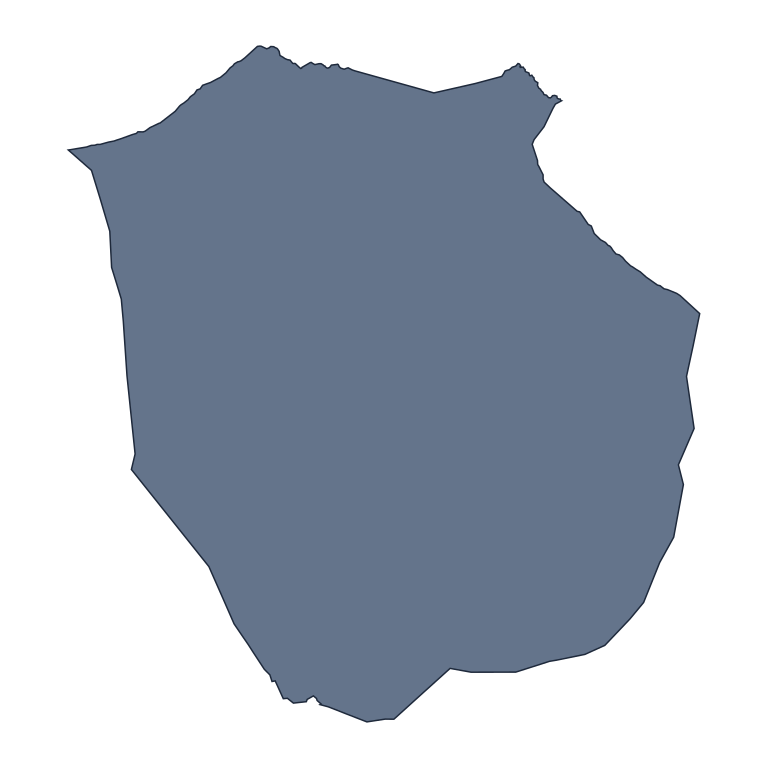 San Pedro Quiatoni, Oaxaca, Mexico
{"feature_id": "50627088B74520915461068", "entity_name": "San Pedro Quiatoni", "entity_type": "district", "adm_level": 2, "iso_a3": "MEX", "parent_name": "Mexico", "parent_adm1": "Oaxaca", "projection": "mercator", "projection_center": [-96.033, 16.765], "detail": "fine", "context": "isolated", "style": "filled", "palette": "slate", "viewbox_px": 768, "rotation_deg": 0, "n_neighbors": 0, "source": "geoboundaries", "source_scale": "gbopen_adm2", "svg_char_len": 2928}
<svg xmlns="http://www.w3.org/2000/svg" viewBox="0 0 768 768"><path d="M257.4,46.4L244.8,57.9L241.0,60.8L239.1,61.6L237.8,61.8L234.4,63.8L232.9,65.8L230.1,67.9L226.0,72.8L220.4,77.4L218.0,78.5L210.5,82.5L207.3,83.6L202.6,85.3L200.1,88.9L197.0,89.9L194.4,93.8L190.4,96.7L188.0,99.7L183.7,103.1L181.1,104.7L179.6,106.0L175.2,111.3L160.1,123.0L159.0,123.3L150.0,127.6L145.1,131.2L143.1,131.9L137.9,131.8L136.4,133.4L132.6,134.5L119.8,139.1L116.6,140.1L114.2,141.0L108.5,142.1L100.2,144.4L97.1,144.4L95.0,145.2L91.2,145.4L86.6,147.0L68.3,150.0L91.5,170.4L100.2,198.8L109.8,231.3L111.6,267.4L116.8,284.2L121.3,299.1L123.3,321.2L127.0,375.9L135.1,454.0L131.4,469.5L208.9,566.6L222.2,596.7L234.1,623.9L243.3,637.4L248.4,644.8L252.6,651.4L264.4,669.4L269.9,674.9L272.0,681.5L275.2,680.9L283.3,698.7L287.4,698.3L293.4,703.1L306.3,701.7L307.2,699.4L313.4,695.9L316.5,698.5L317.1,700.5L321.0,703.9L320.0,704.6L328.2,706.8L346.3,713.9L366.9,721.9L385.2,719.1L393.9,719.2L423.6,692.3L450.1,668.4L471.1,672.2L515.8,672.1L549.6,661.3L556.3,660.2L584.9,654.4L604.9,645.3L629.8,619.1L643.6,602.5L659.7,562.5L673.7,537.2L683.4,484.6L678.4,464.8L694.1,428.5L693.1,421.6L689.8,399.1L686.5,376.4L693.1,345.9L699.7,313.6L680.1,295.6L676.7,293.4L667.5,289.6L664.0,288.8L660.1,285.7L657.5,285.1L646.3,277.2L640.2,271.8L635.9,269.2L632.7,267.0L630.5,265.8L625.5,261.1L622.6,257.5L619.3,254.9L616.0,254.0L613.1,250.6L611.2,247.6L609.7,246.0L608.2,245.5L605.5,242.5L600.6,239.8L594.2,233.5L591.3,226.0L588.2,224.4L579.7,211.9L577.1,211.3L550.4,188.0L544.2,182.2L544.0,181.8L543.1,179.0L543.1,174.8L538.8,166.3L537.7,164.5L537.5,160.5L532.2,144.3L534.1,139.6L544.0,126.8L552.9,108.5L555.4,104.1L561.5,100.8L560.9,100.6L560.2,99.0L559.0,99.0L557.7,98.5L557.1,97.9L556.9,96.2L554.7,95.4L552.5,95.7L551.4,97.2L550.3,97.9L548.5,97.6L546.5,95.2L544.0,94.6L543.0,92.4L541.1,90.5L540.6,89.3L538.9,88.2L537.5,85.6L537.8,82.7L535.3,81.2L534.2,79.7L533.9,77.6L533.1,77.1L531.8,75.2L530.1,75.8L529.5,75.3L529.2,74.1L528.9,73.0L527.6,72.4L526.5,72.1L525.4,71.5L525.0,70.7L525.3,70.0L525.0,69.4L524.3,68.9L523.2,67.1L520.3,67.4L520.0,66.6L520.7,66.1L520.2,65.2L519.4,64.0L518.0,63.5L515.7,66.1L512.2,67.2L510.7,68.6L509.4,69.7L507.0,70.3L505.1,71.0L503.7,73.6L501.8,76.4L475.3,83.5L433.9,92.9L355.1,70.9L352.4,70.0L349.6,68.6L348.1,67.8L346.5,68.3L344.2,69.2L340.7,68.1L339.2,66.7L338.3,64.7L337.6,64.2L336.3,64.5L331.4,65.1L329.6,67.4L328.2,68.0L327.5,68.1L326.6,67.8L325.4,66.9L324.9,66.0L323.8,65.7L323.1,64.9L321.1,63.7L319.0,63.7L314.9,64.6L313.0,63.6L311.2,62.4L310.2,62.6L301.9,67.4L301.7,68.1L300.8,68.5L299.1,67.2L295.4,63.6L294.4,63.4L293.1,63.5L292.6,63.3L291.5,61.9L290.3,60.4L290.1,60.1L287.3,59.6L284.8,58.5L283.3,57.4L280.0,55.5L279.5,53.3L279.2,51.6L279.0,51.1L277.5,48.9L276.7,48.2L276.1,48.0L274.6,47.3L273.8,46.7L270.8,46.5L269.2,47.7L269.1,47.9L266.7,48.8L261.1,46.2L259.8,46.1L257.4,46.4Z" fill="#64748b" stroke="#1e293b" stroke-width="1.5"/></svg>